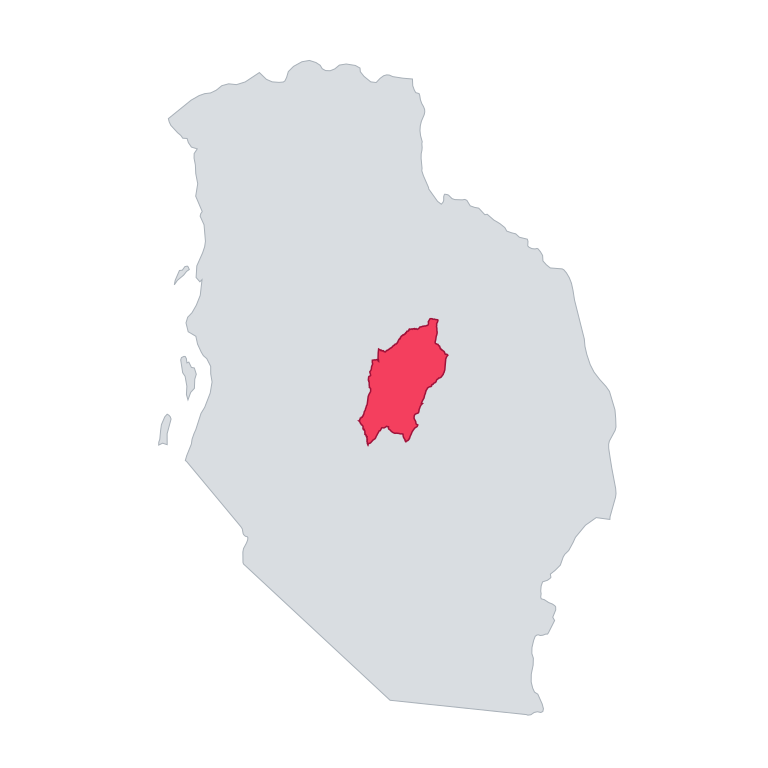 Manyoni, Singida, United Republic of Tanzania shown in context, rotated 186°
{"feature_id": "72390352B73180368039512", "entity_name": "Manyoni", "entity_type": "district", "adm_level": 2, "iso_a3": "TZA", "parent_name": "United Republic of Tanzania", "parent_adm1": "Singida", "projection": "equal_earth", "projection_center": [34.654, -6.406], "detail": "fine", "context": "in_parent", "style": "filled", "palette": "rose", "viewbox_px": 768, "rotation_deg": 186, "n_neighbors": 0, "source": "geoboundaries", "source_scale": "gbopen_adm2", "svg_char_len": 9595}
<svg xmlns="http://www.w3.org/2000/svg" viewBox="0 0 768 768"><g transform="rotate(186 384 384)"><path d="M299.1,563.6L292.0,558.6L285.5,555.6L280.2,552.2L277.9,548.9L272.9,547.7L268.7,547.1L264.7,544.1L256.6,543.0L255.7,540.9L255.5,536.4L254.1,535.2L251.1,534.1L247.9,534.1L246.0,534.8L244.9,534.5L242.2,531.8L239.7,528.4L238.8,523.0L235.1,519.6L230.8,516.8L218.8,517.1L217.0,516.3L214.1,513.5L210.8,509.0L208.1,503.8L205.8,496.8L203.3,487.4L189.5,449.7L188.1,442.5L185.4,434.6L181.0,424.9L176.3,417.7L170.0,411.1L162.8,404.6L159.0,400.2L151.6,382.4L150.0,374.1L148.8,365.5L149.3,362.0L153.9,350.8L154.3,347.7L153.8,343.5L151.5,334.6L148.6,323.9L142.7,304.3L141.8,299.3L141.9,295.6L145.3,275.7L145.2,272.9L159.0,273.3L168.9,264.6L177.6,251.5L179.4,246.1L182.9,237.7L186.4,233.5L187.7,230.7L189.7,222.3L194.3,216.6L198.7,212.3L197.8,209.2L198.5,208.1L200.9,205.9L205.6,203.8L206.6,199.5L206.5,194.5L205.8,191.8L205.9,188.6L205.2,186.8L202.1,186.3L197.5,183.9L193.6,182.8L191.0,181.4L190.0,180.3L189.6,177.3L191.8,169.7L189.6,166.6L194.4,153.9L195.2,152.4L197.0,152.2L199.7,150.8L202.3,150.2L204.4,150.7L205.9,150.2L207.3,148.8L208.4,144.5L209.3,137.3L208.8,131.4L206.8,126.9L206.3,120.0L207.2,110.8L206.5,103.1L204.3,97.0L202.1,93.3L198.6,91.6L193.2,82.2L191.5,77.7L191.8,74.9L193.7,73.7L197.1,74.1L200.4,73.0L203.4,70.4L206.3,69.7L207.9,70.1L344.9,70.1L504.9,190.3L505.6,191.8L506.8,202.2L506.5,205.7L504.1,211.6L503.3,214.7L503.3,216.9L503.9,217.8L506.0,218.1L507.8,219.5L508.5,220.6L509.8,225.1L511.6,227.3L572.2,286.3L573.6,287.2L572.7,292.1L569.3,304.1L569.1,309.1L567.7,315.0L566.4,318.9L562.9,335.7L559.9,342.0L555.9,356.8L555.2,368.1L557.4,376.0L558.2,383.4L562.9,390.7L566.6,393.3L569.1,396.6L573.6,404.2L576.1,411.8L584.2,415.5L587.3,424.1L586.2,429.9L582.4,434.8L578.9,442.7L576.0,453.0L575.9,468.8L577.8,466.4L582.0,470.3L582.5,481.9L578.1,495.5L576.7,501.8L576.5,507.3L579.6,523.5L584.4,531.7L584.0,534.3L582.8,536.5L590.9,551.1L590.2,563.7L593.2,573.6L594.5,582.2L596.5,588.7L596.9,593.3L594.3,598.3L600.3,599.5L603.8,603.6L605.5,607.6L609.8,607.4L612.2,610.1L615.5,612.3L623.0,618.9L625.0,622.2L626.2,625.4L605.5,646.1L598.0,651.5L592.7,654.0L587.0,655.3L581.6,658.6L576.5,663.7L569.9,666.3L562.0,666.3L553.6,669.9L540.5,680.7L532.8,674.7L526.8,672.8L519.9,673.0L515.7,673.8L514.2,675.1L512.9,678.7L511.8,684.7L507.2,690.4L499.3,695.9L492.0,698.0L485.3,696.6L480.8,694.3L478.4,691.1L474.9,689.6L470.3,689.9L465.9,692.2L461.7,696.5L455.0,698.3L445.8,697.8L440.9,695.7L440.2,692.1L436.1,687.9L428.8,683.1L423.3,683.0L419.8,687.6L416.6,690.5L413.7,691.7L411.1,691.8L407.4,690.6L397.2,690.1L387.6,690.3L386.6,683.6L384.6,679.5L382.9,677.1L379.5,676.5L378.6,674.6L377.5,670.5L375.8,666.9L373.7,664.0L372.3,661.3L371.9,658.8L372.2,656.0L374.3,649.2L374.9,644.5L374.7,639.7L373.6,634.8L371.3,628.9L371.5,627.2L370.8,623.2L370.7,620.4L371.1,616.9L370.7,612.3L368.7,602.5L368.7,600.0L366.6,595.3L360.2,584.0L359.9,582.6L349.8,571.2L345.8,568.8L344.3,570.9L343.8,572.9L344.2,576.5L343.9,578.3L343.5,579.1L341.1,579.0L339.6,578.6L335.8,575.5L332.8,574.8L325.4,575.3L322.9,576.0L320.8,575.3L316.9,570.2L312.3,569.1L308.2,568.8L301.4,562.9L299.1,563.6ZM585.4,374.2L588.7,386.7L588.2,389.1L585.9,390.5L584.6,390.6L583.2,388.6L582.2,384.4L580.4,385.4L577.3,380.4L574.3,380.1L571.7,374.1L572.7,368.9L572.1,359.9L575.4,355.4L577.3,347.7L579.4,352.9L579.8,361.1L582.6,370.8L585.4,374.2ZM601.7,299.7L601.9,302.7L601.2,305.5L601.3,314.4L601.1,320.3L598.6,328.4L596.5,331.3L594.7,330.5L593.2,329.1L592.1,326.9L594.5,311.9L593.3,301.0L598.0,302.0L601.7,299.7ZM594.3,479.9L592.0,480.7L591.0,480.0L589.6,477.5L592.1,475.4L594.6,471.4L600.3,465.5L602.9,460.7L602.5,465.3L599.3,475.5L596.5,476.1L594.3,479.9Z" fill="#d9dde1" stroke="#a8b0b8" stroke-width="1"/><path d="M404.5,345.7L404.4,345.2L404.7,344.9L404.7,344.6L405.0,344.6L404.1,343.8L403.7,343.3L403.2,342.2L402.5,341.7L402.1,341.0L401.2,340.7L400.4,339.6L400.3,339.1L400.3,338.3L400.4,338.0L400.1,337.7L400.1,337.2L399.9,337.0L399.7,336.9L399.7,336.7L399.4,336.7L399.1,336.4L399.0,336.2L398.9,336.3L398.9,336.1L398.6,336.0L398.1,335.1L398.0,334.4L397.9,333.9L398.0,333.4L397.9,333.3L397.9,333.1L397.6,332.7L397.5,332.4L397.6,332.1L397.4,332.1L397.3,331.9L397.0,331.8L397.0,331.6L396.9,331.6L396.9,331.4L396.7,331.2L396.4,331.1L396.1,330.7L396.2,330.4L396.2,330.2L395.9,330.1L396.0,330.0L395.9,329.6L395.7,329.4L395.4,329.4L395.5,329.1L395.3,328.8L395.4,328.6L395.2,328.2L395.1,327.6L394.9,327.5L395.0,327.3L394.8,327.2L395.0,326.6L394.8,326.5L394.8,326.1L394.8,325.9L394.9,325.6L395.0,325.3L394.4,324.5L394.4,324.1L394.2,323.5L394.2,323.3L394.2,323.1L394.3,323.1L394.2,322.9L394.1,322.7L393.7,321.8L393.5,321.5L393.4,321.8L393.6,322.5L393.4,323.0L391.7,323.7L391.2,324.1L388.9,327.3L388.5,327.5L387.9,328.1L387.3,328.5L386.6,329.8L386.3,331.1L385.8,332.1L385.0,334.3L384.6,334.9L384.1,336.4L383.8,337.0L382.9,337.2L381.7,340.1L381.4,340.4L380.0,340.3L379.3,340.4L378.1,341.2L377.2,342.1L376.9,342.2L376.7,342.0L375.1,342.0L375.1,341.0L374.9,340.7L374.8,340.1L374.7,339.8L373.4,339.0L372.9,338.8L372.1,337.9L371.2,337.3L369.8,336.6L368.5,336.2L367.9,336.1L366.7,336.4L365.7,336.4L364.0,336.4L362.6,336.1L361.2,336.3L360.0,336.2L359.8,335.8L359.5,334.3L359.1,333.2L358.1,331.7L357.3,330.9L357.3,330.3L356.7,329.4L356.7,329.2L356.3,328.9L356.2,329.3L355.5,329.6L355.3,329.6L355.1,329.9L354.7,330.3L354.2,330.4L353.6,331.2L353.3,331.7L353.3,332.1L353.1,332.7L352.8,332.9L352.7,333.9L352.6,334.5L351.6,337.3L351.1,339.2L350.7,339.9L350.5,340.5L349.6,342.0L348.9,343.3L346.6,345.2L346.1,346.8L347.5,347.4L347.9,347.7L348.1,348.1L348.3,349.0L348.6,350.1L350.0,352.1L350.6,353.3L350.6,355.5L350.5,356.0L350.0,357.0L349.6,357.4L348.9,357.8L347.2,358.6L346.8,359.0L346.5,359.9L346.4,361.4L346.4,362.5L346.1,363.2L346.0,363.8L345.6,365.5L344.9,367.1L343.7,368.6L344.8,368.7L344.5,369.9L344.0,371.4L343.4,372.7L342.7,374.4L342.7,375.1L342.5,376.1L342.6,376.4L342.2,377.9L341.8,379.3L341.8,380.2L341.5,381.2L341.6,381.8L341.3,382.2L340.8,383.1L340.5,383.9L340.4,384.4L339.8,385.0L339.5,385.1L338.6,386.0L337.1,386.3L336.5,387.0L336.6,387.6L336.3,388.4L336.0,388.6L335.7,388.5L335.2,388.8L334.7,389.8L334.0,390.4L333.5,390.5L333.1,391.1L332.7,391.3L332.3,392.5L332.1,393.4L331.8,394.0L331.0,394.5L330.2,395.7L329.5,395.7L328.0,396.7L327.1,398.1L326.8,398.8L326.2,399.5L326.0,400.7L325.5,401.8L325.3,403.0L325.0,404.4L325.1,408.0L325.2,414.7L325.3,415.3L325.0,416.0L324.8,417.0L324.1,418.5L323.5,419.3L323.9,419.7L324.7,420.2L325.9,419.9L326.2,420.0L326.3,420.3L326.8,421.0L326.9,421.5L327.3,422.2L327.7,422.4L327.8,422.7L328.9,423.3L329.5,423.8L329.8,424.0L330.3,423.9L330.5,424.3L330.9,424.5L331.1,425.0L331.5,425.4L331.7,425.2L331.8,425.4L332.0,425.6L332.6,427.4L333.1,427.7L333.5,427.7L334.0,428.3L334.4,429.0L335.5,429.1L335.9,429.4L336.7,429.5L337.1,429.8L337.4,430.3L337.5,431.2L337.2,433.3L337.1,436.1L337.0,437.2L336.7,438.2L336.6,439.4L336.5,440.1L336.6,441.5L337.0,442.3L337.0,443.3L337.3,444.3L337.2,444.9L337.8,446.5L337.7,448.0L338.0,449.3L337.9,449.7L337.4,450.8L337.1,452.1L337.0,453.0L337.2,453.4L337.7,453.5L339.5,453.5L339.9,453.6L340.2,453.6L340.6,453.8L342.2,453.5L342.6,453.8L343.1,454.0L344.9,453.8L345.1,453.6L346.5,450.4L346.3,450.0L346.1,449.1L346.1,448.2L346.3,447.5L346.9,446.8L347.8,446.6L348.5,446.1L349.3,445.9L350.2,445.9L350.8,445.5L351.8,445.4L352.5,444.9L354.3,444.4L354.4,444.0L355.1,443.1L356.0,442.2L356.4,442.1L356.6,441.8L357.3,442.0L357.6,442.0L357.8,442.3L358.5,441.8L358.8,441.8L359.0,442.1L359.3,441.9L359.5,442.3L360.4,441.9L360.8,442.0L361.1,441.7L361.4,441.7L361.7,441.3L362.2,441.5L362.3,441.6L362.5,441.5L363.0,441.5L363.7,441.0L364.0,441.1L364.3,441.1L364.4,440.9L364.5,441.2L364.8,441.0L364.8,440.5L364.8,440.3L365.3,439.8L365.4,439.3L365.6,439.3L365.8,439.0L366.4,438.8L366.8,438.8L366.9,438.6L366.9,438.0L367.1,437.8L367.2,437.4L367.5,437.5L367.7,437.4L368.0,436.7L367.9,436.4L368.1,436.1L368.3,436.2L368.6,436.0L369.1,435.5L369.1,435.2L369.3,435.0L369.5,435.2L369.8,435.1L370.3,434.9L370.5,434.3L371.1,434.0L371.7,433.4L371.6,433.2L372.3,432.5L372.5,432.2L372.4,431.8L372.6,431.1L372.8,431.2L373.1,430.8L373.1,430.3L373.3,430.2L373.6,430.2L374.1,429.2L374.6,427.7L374.5,427.3L374.9,427.0L375.1,426.6L375.3,425.8L375.5,425.8L375.9,425.1L376.2,425.0L376.7,425.0L377.3,424.6L377.5,424.0L377.8,423.9L377.8,423.6L378.2,423.3L378.8,423.1L379.2,422.4L379.5,422.2L379.7,421.8L379.7,421.6L379.9,421.3L380.6,420.9L381.0,420.3L381.5,420.3L382.4,419.1L382.6,419.1L383.1,418.9L383.5,418.3L383.7,418.1L383.9,417.8L384.2,417.9L384.8,417.7L385.0,417.4L385.5,416.9L385.7,416.3L386.1,416.0L386.7,416.2L387.2,416.1L388.0,417.0L388.4,416.8L388.8,417.0L389.2,416.7L389.8,416.9L390.3,416.9L390.5,417.2L390.8,417.1L390.8,417.4L391.0,417.3L393.0,418.2L393.0,414.4L392.6,409.0L391.9,407.0L391.7,405.9L391.9,406.0L392.9,407.2L393.5,407.6L395.0,407.0L395.9,407.0L398.1,406.4L397.9,404.3L397.4,402.9L397.4,402.5L397.5,402.1L398.1,400.3L398.2,399.4L398.1,398.3L398.3,396.8L398.5,396.2L399.4,394.6L399.3,394.3L398.4,392.0L398.2,391.1L398.5,390.7L399.8,389.9L400.0,389.4L400.0,386.3L399.7,385.7L399.4,385.6L399.4,384.8L398.9,384.2L398.6,381.4L398.2,379.8L398.2,379.0L398.0,378.9L397.5,378.7L396.9,378.1L396.8,377.9L396.6,376.1L396.6,374.9L397.8,372.2L398.4,370.0L398.6,361.7L399.2,360.4L399.4,358.7L399.8,357.5L399.9,356.0L400.7,354.5L400.9,352.3L401.2,350.9L401.4,350.6L401.6,350.6L401.6,349.9L402.1,349.3L402.2,348.7L402.5,348.6L402.6,348.4L402.6,348.5L403.0,348.5L403.0,348.3L403.2,348.0L403.4,347.9L403.8,347.2L404.0,347.3L404.1,346.6L404.3,346.3L404.3,345.9L404.5,345.7Z" fill="#f43f5e" stroke="#9f1239" stroke-width="1.5"/></g></svg>